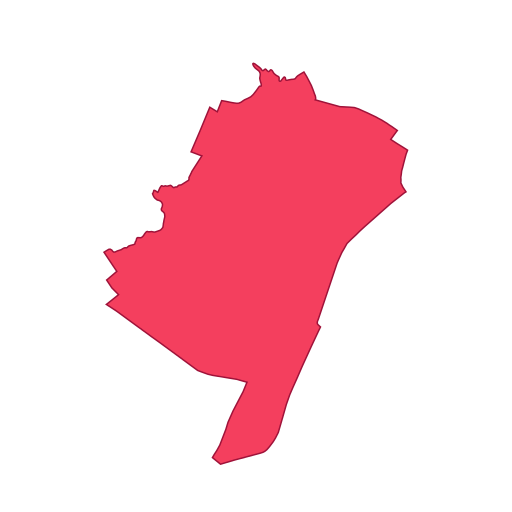 My Tho, Tiền Giang, Vietnam, rotated 308°
{"feature_id": "81297802B97193335039618", "entity_name": "My Tho", "entity_type": "district", "adm_level": 2, "iso_a3": "VNM", "parent_name": "Vietnam", "parent_adm1": "Tiền Giang", "projection": "mercator", "projection_center": [106.365, 10.362], "detail": "fine", "context": "isolated", "style": "filled", "palette": "rose", "viewbox_px": 512, "rotation_deg": 308, "n_neighbors": 0, "source": "geoboundaries", "source_scale": "gbopen_adm2", "svg_char_len": 4172}
<svg xmlns="http://www.w3.org/2000/svg" viewBox="0 0 512 512"><g transform="rotate(308 256 256)"><path d="M70.1,356.2L82.3,364.9L103.3,380.8L105.7,382.4L107.5,383.2L110.1,383.8L114.1,384.0L120.2,383.9L124.6,383.4L130.7,382.2L144.9,376.5L157.7,371.3L167.5,368.0L175.5,365.9L184.1,363.8L198.0,360.2L219.0,355.2L235.6,351.4L239.8,350.5L240.0,347.7L240.2,346.5L240.9,345.5L242.2,344.7L244.6,344.0L300.3,324.3L303.7,323.4L311.6,321.5L316.1,320.9L318.0,320.6L321.9,320.0L328.0,320.8L334.3,321.8L339.2,322.4L346.5,323.6L363.1,326.7L380.4,329.9L397.3,334.1L398.9,334.7L400.7,329.3L402.3,326.1L402.7,325.2L405.2,323.4L407.1,321.7L409.8,320.2L412.7,318.4L416.1,317.0L420.6,315.0L424.8,313.2L428.6,311.6L432.7,310.3L432.6,308.8L431.5,298.5L431.2,295.1L430.8,290.4L440.3,290.1L441.9,290.1L441.6,283.4L441.3,280.5L441.2,277.6L440.8,274.2L440.5,271.4L439.8,267.6L439.4,264.9L438.1,259.1L437.4,255.9L435.8,249.5L435.1,246.5L434.1,243.6L433.6,242.2L430.9,238.1L425.3,230.1L415.5,206.5L416.4,206.4L417.3,205.7L418.6,204.3L420.0,201.9L421.8,199.1L424.4,194.7L426.4,190.4L428.6,185.5L430.5,180.5L427.0,179.1L423.9,178.0L422.3,177.7L419.8,177.7L419.3,177.4L418.6,176.9L417.8,176.1L417.1,175.3L415.0,173.4L413.7,172.4L413.1,171.6L413.1,171.1L413.4,170.6L414.0,170.0L414.6,169.2L414.6,168.3L414.1,167.9L412.8,167.8L411.7,167.8L409.1,167.8L408.6,167.5L408.3,167.0L408.3,166.6L408.7,166.0L409.5,165.4L410.5,164.7L411.1,164.0L411.2,163.0L410.9,161.4L410.8,159.9L410.9,157.8L411.5,156.1L412.0,154.9L412.1,153.8L411.9,153.1L411.5,152.8L410.7,152.8L409.8,152.8L409.6,152.6L409.2,152.5L409.0,152.2L408.9,151.9L408.9,150.5L409.1,149.7L409.2,148.8L409.1,148.3L408.5,148.0L407.9,147.8L406.9,147.7L406.2,147.2L406.1,146.8L406.1,146.1L406.6,144.6L406.8,142.5L406.7,139.1L406.7,136.7L406.3,135.4L406.0,135.2L405.7,135.1L405.1,135.6L404.6,136.4L404.1,137.6L403.6,139.8L403.6,142.9L403.6,144.3L403.2,145.5L402.7,146.5L401.9,147.4L400.9,148.1L399.7,148.8L398.9,149.2L398.2,149.7L397.2,150.8L395.9,152.5L395.0,153.9L394.5,154.4L394.1,154.8L393.5,155.3L393.0,155.4L392.5,155.0L392.3,154.5L391.9,154.3L391.3,154.2L390.6,154.2L386.5,154.4L381.6,154.4L378.3,153.9L375.4,152.6L372.0,150.8L370.2,150.2L368.1,149.6L365.9,148.4L364.6,147.0L363.0,144.3L361.5,141.5L359.3,137.0L357.3,133.3L345.8,136.7L344.8,128.0L320.0,134.9L298.1,140.7L299.5,145.2L300.9,149.7L301.6,151.7L287.4,153.0L283.1,153.4L281.4,153.9L280.5,154.0L279.1,154.4L278.1,154.5L276.5,154.9L275.3,155.9L274.3,156.2L273.7,156.1L272.5,155.6L271.3,155.2L266.3,153.4L265.5,152.8L264.4,151.7L263.6,151.4L262.3,151.3L261.7,151.2L261.1,150.4L260.6,149.8L259.7,149.5L259.2,149.1L259.1,148.2L259.2,146.0L259.1,145.2L258.3,144.5L256.8,143.4L256.1,142.7L255.8,142.0L255.4,141.2L254.9,140.9L254.3,140.6L253.9,140.1L253.5,138.8L253.2,138.3L252.6,138.2L250.6,138.3L246.5,139.3L245.9,139.5L245.6,139.3L245.6,138.1L245.5,136.6L245.2,135.6L244.9,135.2L244.5,135.2L243.7,135.6L242.6,136.0L241.4,136.1L240.5,137.6L239.7,139.2L239.3,140.9L239.3,142.6L239.3,143.7L240.0,145.2L240.4,146.8L240.3,148.3L239.5,150.1L238.7,150.9L237.0,151.8L234.8,152.4L234.0,153.1L233.7,153.8L233.6,155.7L233.5,156.8L232.9,158.0L230.9,159.9L230.1,160.3L229.2,160.7L227.5,161.5L225.9,162.4L224.6,163.0L224.0,163.4L223.2,163.9L221.4,164.9L220.9,165.0L219.6,165.0L218.3,164.9L217.3,164.6L215.5,163.5L212.8,161.7L212.2,161.1L211.5,159.8L211.0,158.7L210.2,157.9L209.3,156.9L208.8,156.3L208.4,155.2L207.8,154.8L206.9,154.6L204.6,154.6L203.0,154.8L201.5,154.7L200.2,154.4L199.5,154.0L198.2,152.2L197.6,151.4L196.7,151.1L195.7,151.4L194.6,152.0L193.6,152.2L192.6,152.3L191.7,152.7L191.0,153.1L190.4,153.0L189.3,152.3L187.1,150.6L185.6,149.6L184.7,149.4L183.6,149.3L182.8,149.0L182.0,147.9L181.3,147.2L179.3,146.3L178.0,145.9L174.6,143.6L172.4,142.5L171.5,141.5L171.5,140.1L171.9,138.7L171.6,136.9L170.7,135.9L167.9,134.8L165.4,133.9L160.1,149.9L158.2,155.8L145.1,153.1L142.1,162.1L140.9,171.5L133.6,169.8L125.7,167.9L126.7,179.7L128.1,223.5L128.5,232.9L129.9,280.5L131.0,284.1L133.2,290.8L135.3,295.4L146.9,316.6L151.0,326.6L141.1,329.4L135.0,330.5L119.8,333.3L107.8,336.3L100.8,339.0L84.7,343.9L78.4,344.9L73.7,345.3L70.3,345.8L70.1,356.2Z" fill="#f43f5e" stroke="#9f1239" stroke-width="1.5"/></g></svg>